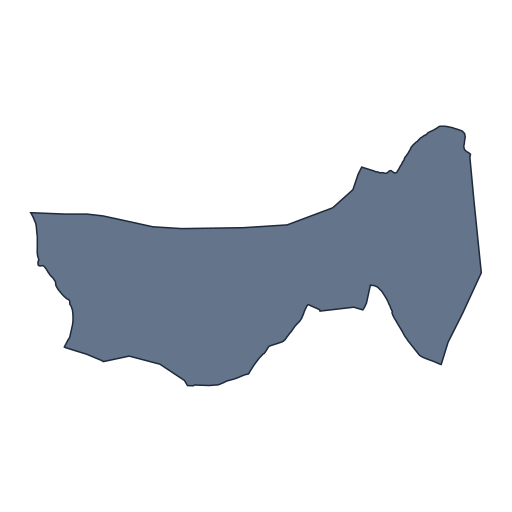 Cap Estate/Lower Saline Point, Saint Lucia
{"feature_id": "8701671B68101868582268", "entity_name": "Cap Estate/Lower Saline Point", "entity_type": "district", "adm_level": 2, "iso_a3": "LCA", "parent_name": "Saint Lucia", "parent_adm1": "", "projection": "mercator", "projection_center": [-60.942, 14.106], "detail": "fine", "context": "isolated", "style": "filled", "palette": "slate", "viewbox_px": 512, "rotation_deg": 0, "n_neighbors": 0, "source": "geoboundaries", "source_scale": "gbopen_adm2", "svg_char_len": 3588}
<svg xmlns="http://www.w3.org/2000/svg" viewBox="0 0 512 512"><path d="M103.4,361.6L129.2,356.1L159.9,364.2L184.5,380.5L187.5,385.6L193.2,385.8L194.4,385.0L208.9,385.5L209.4,385.5L218.4,384.8L223.7,382.6L226.6,381.1L229.4,380.3L233.1,379.3L236.8,378.1L238.8,377.3L241.8,376.0L245.4,374.6L248.5,374.0L250.6,370.4L254.1,364.9L257.4,360.5L259.4,357.9L261.0,356.3L262.8,354.3L264.2,353.4L265.4,351.9L266.6,350.0L267.7,348.1L269.1,346.2L282.0,341.9L283.6,341.1L284.1,340.2L285.1,339.7L286.8,337.2L288.0,335.6L289.7,333.3L291.3,331.5L293.0,329.0L295.2,325.9L298.2,322.8L299.9,321.0L301.7,318.2L303.5,313.9L304.4,311.2L305.2,309.5L306.3,307.1L307.2,305.5L308.2,304.6L318.6,309.2L319.7,309.9L320.0,311.1L353.8,307.2L362.8,309.9L363.8,308.5L365.0,306.3L365.8,304.4L366.4,303.4L370.4,285.1L371.8,285.3L372.5,285.5L374.3,285.6L376.6,286.6L377.5,287.1L378.9,288.4L380.4,290.0L381.8,291.3L383.2,293.5L384.3,295.2L385.5,297.1L386.5,298.8L387.2,300.2L388.0,301.6L388.8,303.9L389.9,305.8L390.4,307.4L391.0,308.8L392.0,310.9L392.3,311.5L392.0,312.9L393.0,315.6L393.9,317.3L395.7,320.4L397.2,323.0L398.5,325.2L399.9,327.5L402.4,331.7L403.7,334.2L405.0,336.5L406.6,338.6L408.0,340.8L419.6,355.4L422.8,357.3L428.0,359.4L433.4,361.3L440.0,364.2L441.2,364.5L448.1,342.2L462.6,313.4L481.3,272.8L474.0,201.2L469.9,157.4L470.5,154.2L468.3,152.4L467.7,152.2L466.9,151.8L466.4,151.3L465.8,150.9L465.0,150.1L464.4,149.2L464.1,148.2L463.9,147.1L463.8,146.1L463.9,145.2L464.3,143.9L464.4,142.3L464.6,141.0L464.7,140.0L464.9,138.8L465.2,137.3L465.2,136.4L464.9,135.3L464.7,133.7L464.3,133.2L463.7,132.6L463.1,132.1L462.6,131.2L460.9,130.5L458.6,129.7L456.9,129.1L454.7,128.5L452.6,127.7L449.7,127.1L447.4,126.6L445.4,126.3L443.2,126.2L441.4,126.2L439.8,126.3L438.6,126.8L437.3,127.8L436.4,128.4L434.3,129.6L432.3,130.7L430.6,131.4L428.1,132.7L427.5,133.2L426.3,134.7L425.0,135.1L423.6,135.9L422.7,136.7L420.6,137.9L417.9,140.7L417.5,141.3L416.2,142.1L415.6,142.6L414.1,144.0L413.0,145.0L412.3,146.0L411.3,147.0L410.8,147.9L410.6,148.8L410.0,149.8L409.6,150.5L409.0,151.5L408.5,152.5L407.7,153.7L406.7,155.0L406.5,155.6L405.8,156.2L405.4,156.8L404.7,157.7L404.4,158.6L404.3,159.2L404.0,159.9L403.6,160.7L402.9,161.5L402.5,162.3L402.0,163.2L401.7,164.1L400.8,165.4L400.2,166.5L399.7,167.1L399.3,168.2L398.6,169.3L397.5,171.1L397.2,171.6L396.8,172.2L396.4,172.6L395.9,172.9L395.3,172.9L394.8,172.8L394.0,172.7L393.4,172.3L392.6,171.8L391.6,171.0L391.0,170.6L390.4,170.6L389.7,170.8L389.0,171.2L388.2,172.0L387.6,172.5L386.6,173.2L386.0,173.2L385.5,173.3L384.8,173.2L384.0,173.0L383.5,172.8L382.4,172.8L381.8,172.6L381.2,172.6L380.7,172.7L380.2,172.9L379.1,172.6L378.6,172.3L377.8,171.9L377.3,171.8L376.1,171.9L375.5,171.6L374.8,171.3L373.8,170.9L362.7,167.4L361.7,167.1L358.1,174.3L352.9,189.7L332.7,207.8L287.1,224.9L243.2,227.7L181.8,228.6L152.9,226.8L119.6,219.5L102.9,215.9L87.1,214.1L66.0,214.1L30.7,212.7L31.5,214.0L33.2,217.3L34.1,219.5L35.8,223.6L36.4,227.5L36.8,232.3L37.3,236.7L37.3,240.9L37.3,246.5L37.2,252.7L37.7,256.3L38.6,258.8L38.7,260.2L38.2,261.1L37.9,262.8L38.2,265.1L39.2,265.8L40.4,266.0L41.8,265.6L43.2,265.8L44.1,266.4L46.2,269.0L48.2,272.4L50.5,275.6L53.1,278.2L54.6,280.5L55.6,282.0L55.6,283.9L56.1,286.0L58.0,289.3L61.9,294.1L64.5,296.8L66.9,298.8L68.4,299.5L69.2,300.2L69.7,301.0L69.7,303.0L69.9,304.4L71.2,306.3L72.4,310.0L72.8,312.8L73.0,316.8L73.0,320.6L72.5,324.8L71.8,327.9L71.1,331.2L70.4,334.1L69.8,337.0L68.5,339.3L68.1,339.7L67.8,340.3L64.3,347.0L65.6,347.7L66.3,347.9L76.8,351.2L86.6,354.2L93.0,356.9L101.4,360.4L103.4,361.6Z" fill="#64748b" stroke="#1e293b" stroke-width="1.5"/></svg>